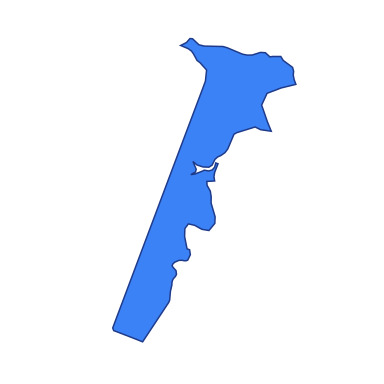 the Division of West Coast, rotated 110°
{"feature_id": "GMB-5512", "entity_name": "West Coast", "entity_type": "Division", "adm_level": 1, "iso_a3": "GMB", "parent_name": "Gambia", "parent_adm1": "", "projection": "robinson", "projection_center": [-16.401, 13.235], "detail": "fine", "context": "isolated", "style": "filled", "palette": "blue", "viewbox_px": 384, "rotation_deg": 110, "n_neighbors": 0, "source": "natural_earth", "source_scale": "10m", "svg_char_len": 1469}
<svg xmlns="http://www.w3.org/2000/svg" viewBox="0 0 384 384"><g transform="rotate(110 192 192)"><path d="M349.7,187.2L349.5,192.7L349.0,218.2L346.9,220.0L335.1,219.9L326.8,219.8L306.6,219.6L265.7,219.2L196.3,218.5L148.6,218.0L97.0,217.4L83.3,217.3L72.4,220.0L67.7,228.8L66.7,232.2L61.8,237.7L59.8,240.6L58.6,244.6L58.2,252.8L53.4,248.3L48.5,246.4L47.8,243.9L49.1,240.9L51.3,235.8L50.7,230.4L44.7,212.7L44.4,208.4L45.2,191.7L44.5,187.0L42.7,182.3L37.4,175.4L36.0,170.7L38.4,164.9L37.3,163.1L34.3,154.9L37.2,151.2L40.5,140.1L43.8,137.8L47.6,136.8L51.7,134.3L55.3,131.2L63.8,143.9L73.6,155.2L86.5,156.3L100.3,145.1L107.8,138.3L110.0,148.9L109.3,154.9L120.9,170.2L123.4,172.3L139.3,173.1L143.8,174.5L147.9,177.4L150.3,179.9L153.5,181.6L159.9,182.3L162.9,184.6L164.7,190.2L164.9,196.6L163.0,201.6L169.2,195.8L172.0,195.6L176.1,199.1L174.2,195.5L168.5,189.0L167.3,188.0L166.5,183.5L164.3,180.5L160.9,179.2L156.6,179.6L156.6,177.2L165.8,177.4L170.1,176.6L173.9,174.5L177.0,181.7L180.6,180.1L184.9,175.1L190.0,172.3L195.8,170.3L207.4,161.8L213.7,159.8L222.4,162.9L223.7,170.0L222.4,178.2L223.2,184.5L228.8,186.2L236.4,183.7L247.1,177.2L247.1,174.5L251.5,172.1L257.5,172.7L258.8,174.3L259.3,176.1L259.7,178.4L260.8,181.0L264.0,184.3L266.3,185.4L268.2,185.4L269.2,184.1L271.4,180.1L274.7,178.4L277.0,178.7L280.0,179.9L281.9,180.1L284.1,179.8L286.3,179.1L292.7,178.3L301.2,176.0L303.7,176.1L349.5,187.1L349.7,187.2Z" fill="#3b82f6" stroke="#1e3a8a" stroke-width="1.5"/></g></svg>